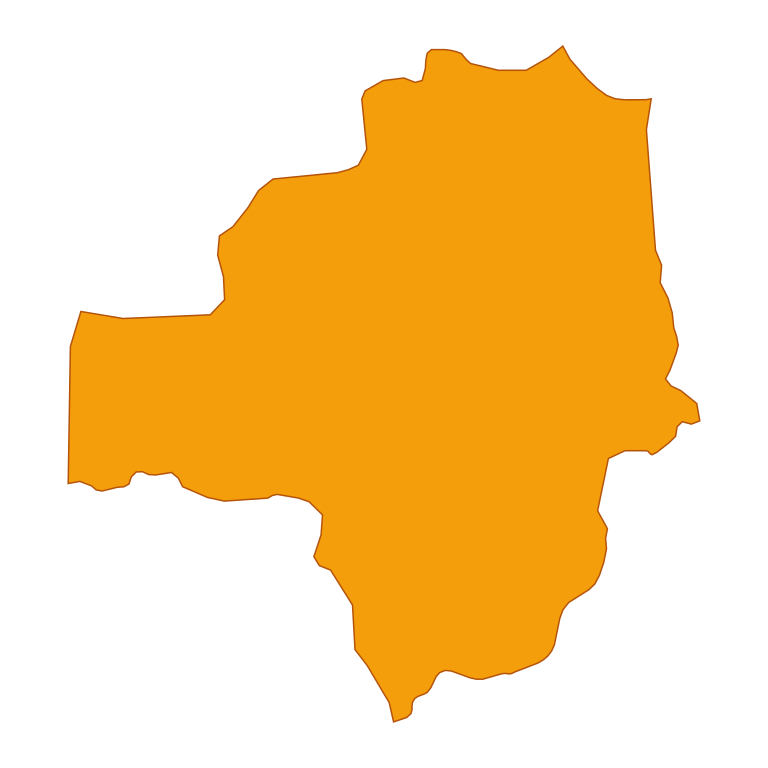 outline of Zamfara
{"feature_id": "NGA-2872", "entity_name": "Zamfara", "entity_type": "State", "adm_level": 1, "iso_a3": "NGA", "parent_name": "Nigeria", "parent_adm1": "", "projection": "mercator", "projection_center": [6.327, 12.019], "detail": "fine", "context": "isolated", "style": "filled", "palette": "amber", "viewbox_px": 768, "rotation_deg": 0, "n_neighbors": 0, "source": "natural_earth", "source_scale": "10m", "svg_char_len": 1836}
<svg xmlns="http://www.w3.org/2000/svg" viewBox="0 0 768 768"><path d="M562.8,46.1L569.9,59.2L586.8,78.8L597.2,88.5L606.5,95.4L615.2,98.8L624.8,99.8L646.0,99.7L651.2,98.8L646.4,129.6L655.5,250.3L661.6,265.2L660.2,282.7L668.0,298.2L672.2,312.8L673.8,327.9L676.6,336.4L678.2,345.2L676.3,352.8L670.1,369.8L665.5,379.0L671.1,386.0L680.9,390.7L696.7,403.5L699.8,420.9L691.3,424.1L682.3,421.7L677.1,426.7L675.6,436.3L668.8,442.9L656.7,452.4L652.1,454.7L650.5,454.1L648.0,451.3L646.2,450.7L625.0,450.7L608.4,458.5L597.6,510.8L607.4,528.7L605.6,538.4L606.5,548.7L603.8,562.2L599.4,575.3L594.8,584.0L589.0,589.6L568.8,602.4L563.0,609.7L559.8,618.4L554.4,644.8L551.6,651.0L547.9,655.9L543.5,659.7L538.4,662.8L514.5,672.1L512.0,673.4L509.5,673.9L504.7,673.4L501.6,673.8L482.8,679.2L476.4,679.2L470.0,677.8L451.3,671.0L445.3,670.4L439.6,672.6L436.1,676.7L430.9,687.6L427.4,692.2L424.5,693.9L417.7,696.5L414.8,698.5L412.5,702.3L412.0,706.0L412.0,709.7L410.9,713.6L406.7,717.5L393.6,721.9L389.2,702.6L367.2,665.5L355.0,649.6L352.5,605.0L330.6,570.1L319.3,565.6L313.9,556.7L321.1,534.8L322.5,514.9L309.1,501.7L298.2,498.0L277.1,494.4L272.3,495.5L267.9,498.1L224.3,501.1L207.4,497.4L182.6,486.7L178.4,478.2L171.6,472.5L155.4,475.0L148.6,474.5L142.5,471.7L136.2,472.0L131.2,477.0L129.0,484.0L123.8,486.8L117.2,487.3L102.2,491.0L96.2,489.9L91.6,485.9L79.9,481.4L68.2,483.5L70.4,346.5L80.9,311.5L123.0,318.5L210.3,314.8L224.6,299.7L223.5,276.8L217.7,255.2L219.4,235.9L232.9,226.7L247.9,207.7L258.6,190.5L273.1,179.0L337.4,172.7L348.1,169.8L358.4,165.2L366.8,149.3L361.8,99.1L365.1,90.9L383.1,80.6L403.9,78.0L415.1,82.4L422.2,80.5L425.4,68.4L425.8,60.6L427.2,53.3L431.4,49.6L444.7,49.6L450.9,50.4L456.3,51.7L461.4,53.6L465.8,59.0L470.5,63.5L498.4,70.3L526.2,70.3L548.5,57.5L562.7,46.2L562.8,46.1Z" fill="#f59e0b" stroke="#b45309" stroke-width="1.5"/></svg>